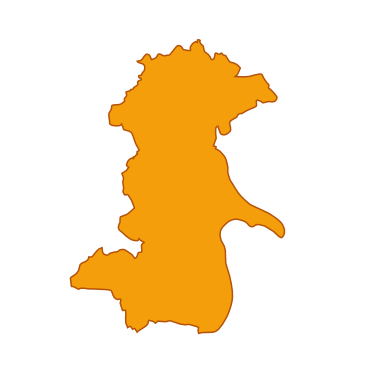 Tuyen Quang, Tuyên Quang, Vietnam, rotated 14°
{"feature_id": "81297802B47439602304770", "entity_name": "Tuyen Quang", "entity_type": "district", "adm_level": 2, "iso_a3": "VNM", "parent_name": "Vietnam", "parent_adm1": "Tuyên Quang", "projection": "orthographic", "projection_center": [105.218, 21.783], "detail": "fine", "context": "isolated", "style": "filled", "palette": "amber", "viewbox_px": 384, "rotation_deg": 14, "n_neighbors": 0, "source": "geoboundaries", "source_scale": "gbopen_adm2", "svg_char_len": 6002}
<svg xmlns="http://www.w3.org/2000/svg" viewBox="0 0 384 384"><g transform="rotate(14 192 192)"><path d="M289.9,214.7L290.9,213.3L291.3,212.2L291.6,210.5L291.5,208.8L290.6,205.7L289.1,203.5L287.9,202.0L286.3,200.6L284.5,199.3L280.9,197.5L276.0,195.6L271.1,194.0L251.3,190.1L244.5,186.6L240.2,184.0L236.9,181.5L233.2,178.2L229.9,174.8L226.3,171.5L224.6,169.0L222.0,164.4L220.7,158.9L220.1,158.0L219.5,156.6L217.1,152.2L215.3,150.0L213.9,148.8L209.3,145.7L206.4,144.7L204.3,144.4L204.5,143.3L204.5,142.4L204.3,142.2L201.7,142.2L202.0,137.7L202.5,134.1L200.9,129.8L200.2,127.1L199.6,124.1L199.9,123.1L201.1,121.9L205.0,127.7L205.8,128.6L206.7,129.0L208.7,128.9L209.7,128.6L210.8,128.0L212.3,126.8L213.6,124.9L214.4,123.6L214.5,122.6L213.6,119.6L211.9,116.5L211.8,114.8L212.2,113.8L213.3,112.4L217.0,108.8L217.5,107.8L217.9,106.0L218.6,105.0L219.5,104.4L220.8,104.0L221.6,103.6L224.9,100.3L227.5,98.1L231.7,95.0L233.2,93.6L233.6,93.0L233.6,92.5L233.4,91.1L232.6,89.2L232.5,88.0L232.6,87.5L232.9,87.2L233.7,86.9L235.3,87.3L236.9,87.3L239.0,88.3L239.4,88.3L243.1,86.3L245.3,85.5L248.0,85.2L250.2,84.1L250.9,83.2L251.6,81.8L251.7,80.5L251.3,79.0L247.7,76.2L245.7,74.9L243.3,73.5L241.2,72.7L241.0,72.0L240.9,70.2L240.6,69.4L240.2,69.0L238.8,68.4L234.0,64.1L231.7,61.3L230.6,60.9L229.5,61.0L225.1,63.0L219.5,66.1L214.9,67.6L205.9,69.6L207.7,67.1L208.9,60.1L206.5,58.3L203.9,57.2L200.8,56.7L199.0,56.8L197.8,56.7L196.7,56.2L195.2,55.0L193.6,53.5L191.8,51.6L188.8,51.4L187.2,50.1L186.7,50.2L186.0,51.0L184.9,51.7L183.9,51.9L182.8,51.4L181.5,51.4L181.2,51.7L180.9,52.3L181.2,54.0L181.1,57.2L180.1,58.3L179.4,58.7L178.6,58.6L178.1,58.3L177.4,57.0L174.5,54.6L170.4,52.8L169.7,52.1L168.0,48.5L167.3,47.5L166.6,47.0L165.8,46.9L163.8,45.2L163.0,44.0L163.3,43.1L162.7,42.7L161.2,42.7L160.8,42.9L160.5,43.5L160.6,44.2L161.1,45.1L161.1,45.6L160.7,45.7L159.8,45.4L158.8,45.4L157.1,47.3L156.2,48.9L155.5,51.2L155.4,52.3L155.5,53.0L156.1,54.1L156.3,54.9L155.3,55.4L153.4,55.7L150.0,55.9L149.2,55.8L148.4,55.3L147.3,54.2L146.3,53.4L144.5,53.0L143.5,53.2L142.4,53.8L141.7,54.7L137.6,63.5L136.0,65.3L135.0,65.2L132.5,66.5L131.5,66.7L128.3,66.0L126.6,66.0L126.0,66.5L125.6,67.1L124.9,69.8L124.3,70.7L122.6,72.2L120.7,73.3L118.2,70.1L117.2,69.3L114.7,69.1L114.3,69.4L113.0,71.4L112.2,73.3L112.0,74.4L110.5,76.7L107.2,78.4L107.7,78.9L109.6,79.4L112.8,79.6L113.9,79.9L114.8,80.4L115.6,81.4L116.1,82.4L116.3,84.4L116.3,85.8L114.8,88.9L114.7,90.5L114.6,90.9L112.7,91.7L112.3,92.0L112.2,92.3L112.5,93.2L113.1,93.9L115.1,94.2L115.6,95.0L115.2,95.8L113.5,96.9L112.8,97.7L112.6,98.7L113.2,100.0L113.4,100.9L112.8,102.0L110.2,104.8L110.1,106.0L109.2,106.9L107.6,107.5L107.6,108.5L107.0,109.0L105.1,110.0L104.9,110.3L104.0,110.6L103.9,111.3L105.1,113.7L105.2,114.2L105.0,115.1L103.8,117.8L103.8,118.4L104.6,119.8L104.6,120.4L102.0,123.6L101.4,124.0L100.1,124.8L94.4,126.7L93.4,127.5L93.3,128.2L93.7,131.0L92.4,135.7L92.8,137.9L94.9,143.3L95.6,145.6L96.1,146.1L98.4,146.7L102.8,146.1L105.0,145.4L105.9,144.9L106.4,144.5L107.2,143.1L109.2,145.7L110.2,147.5L110.5,147.8L111.2,148.0L116.0,148.2L117.5,148.5L118.8,149.0L119.6,149.8L121.7,152.6L125.1,157.9L126.6,159.8L130.5,163.9L130.2,165.0L129.1,165.8L129.0,166.1L129.1,167.7L129.9,168.2L130.0,168.6L129.0,169.3L128.3,171.0L126.6,172.3L127.3,173.3L127.3,173.6L126.6,173.8L125.6,173.6L125.1,173.8L123.3,175.7L122.7,176.7L122.1,178.6L121.9,181.4L122.0,181.9L123.2,182.9L124.7,183.3L123.1,187.0L119.7,190.7L119.5,190.8L119.8,191.6L121.8,194.1L122.1,195.0L122.3,196.0L122.5,199.4L124.7,204.6L124.9,205.3L124.7,206.6L124.9,208.1L125.2,208.7L126.9,210.8L127.7,211.1L129.9,210.1L130.8,210.4L135.3,214.7L136.3,216.0L140.0,221.4L137.3,225.5L135.1,228.5L134.2,229.5L128.7,233.4L128.5,234.3L129.5,239.2L129.1,240.4L129.0,241.7L129.0,243.2L129.1,244.1L129.5,245.0L130.0,245.8L130.9,246.6L135.1,248.6L137.4,250.0L140.6,251.5L144.6,252.9L148.1,253.0L150.5,252.5L151.2,252.1L151.6,251.5L151.9,250.1L152.4,250.6L153.9,251.4L155.8,251.9L157.7,252.6L156.2,254.5L155.9,255.7L156.1,256.9L157.5,260.9L157.6,262.2L157.4,262.5L156.8,262.9L154.9,263.6L154.5,264.1L154.1,268.5L153.6,269.3L152.5,270.2L148.8,267.2L143.1,265.1L140.5,264.3L138.6,264.5L136.9,265.2L135.7,265.9L134.7,267.4L133.6,268.2L131.2,269.1L127.5,271.1L126.7,271.9L126.0,273.1L125.2,273.7L124.5,273.9L123.6,274.0L121.9,273.6L121.1,273.3L120.3,272.6L119.7,271.8L118.2,267.8L116.8,268.8L115.3,270.1L113.8,272.4L110.9,278.7L110.4,279.2L109.4,279.6L107.6,279.9L107.6,282.2L106.8,283.8L105.3,285.4L102.5,287.5L101.1,289.3L101.0,289.9L100.9,295.7L100.4,297.1L99.3,299.5L95.0,304.4L94.9,305.0L95.2,305.9L97.8,312.7L98.1,312.8L99.7,312.5L105.5,313.8L106.6,312.8L107.7,312.2L110.2,311.6L115.8,310.9L119.3,310.0L132.5,307.4L135.9,307.0L137.3,307.2L138.0,307.8L140.2,311.0L141.7,312.8L143.1,313.7L144.3,314.1L145.9,314.3L148.2,313.3L148.6,313.3L148.9,313.5L149.2,315.1L149.2,317.2L153.0,323.5L153.4,323.7L154.1,323.6L155.6,322.8L155.8,322.8L156.1,322.9L157.4,326.5L158.2,330.9L159.6,335.3L161.6,337.9L162.3,339.2L163.8,337.7L164.9,337.3L167.6,339.6L168.9,338.4L169.6,338.4L172.7,341.3L173.1,340.3L179.0,334.0L180.4,332.0L181.0,330.8L181.1,330.0L180.9,328.1L181.2,326.9L181.9,327.0L185.0,326.9L186.0,327.1L188.2,328.1L188.9,327.3L190.0,325.6L196.6,324.5L198.6,323.9L200.8,322.6L201.9,322.2L212.8,323.0L218.1,322.4L219.6,321.6L220.6,321.3L223.2,321.2L229.6,321.5L230.9,321.8L231.1,321.9L231.3,324.4L232.6,327.6L235.4,326.1L245.3,323.3L247.5,322.3L249.2,321.0L251.0,318.7L253.5,313.1L255.7,305.9L256.5,301.8L257.0,298.0L257.3,292.5L257.2,287.9L256.7,284.1L255.1,278.4L252.2,271.3L248.7,264.2L244.0,256.4L241.9,252.7L238.4,240.5L236.5,236.9L232.0,232.0L230.5,229.1L229.6,226.9L229.2,224.2L229.1,222.7L229.3,221.5L230.1,218.8L232.0,215.6L234.2,212.3L235.8,210.7L237.2,209.6L239.6,208.2L242.3,207.5L245.0,207.4L248.7,207.6L251.4,208.1L253.4,209.2L255.5,210.7L256.9,211.3L258.0,211.3L259.7,210.8L261.7,208.7L262.6,208.1L263.6,207.7L265.4,207.4L270.7,207.4L280.5,210.5L286.4,213.8L288.3,214.5L289.9,214.7Z" fill="#f59e0b" stroke="#b45309" stroke-width="1.5"/></g></svg>